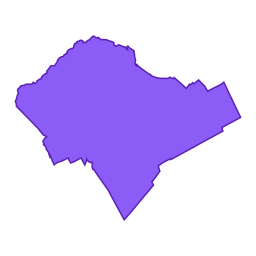 Merei, Buzau, Romania (orthographic projection)
{"feature_id": "2599482B56691753732557", "entity_name": "Merei", "entity_type": "district", "adm_level": 2, "iso_a3": "ROU", "parent_name": "Romania", "parent_adm1": "Buzau", "projection": "orthographic", "projection_center": [26.654, 45.125], "detail": "fine", "context": "isolated", "style": "filled", "palette": "violet", "viewbox_px": 256, "rotation_deg": 0, "n_neighbors": 0, "source": "geoboundaries", "source_scale": "gbopen_adm2", "svg_char_len": 5310}
<svg xmlns="http://www.w3.org/2000/svg" viewBox="0 0 256 256"><path d="M222.9,131.1L222.7,130.8L222.6,130.5L222.3,129.9L222.2,129.1L222.3,128.5L222.5,128.0L222.4,127.8L222.2,127.7L222.1,127.4L240.6,117.4L232.7,100.9L228.9,93.0L228.9,92.9L226.4,87.6L223.8,82.2L220.6,84.6L220.1,84.9L212.7,88.5L207.6,91.2L204.8,86.3L201.6,83.1L198.6,79.9L193.9,83.8L192.6,82.6L190.9,84.7L189.6,84.1L186.2,88.4L184.7,87.0L182.6,85.0L179.8,82.5L176.9,79.9L174.2,77.6L173.8,78.8L169.6,77.2L168.8,78.0L168.3,78.2L167.6,78.4L166.9,78.4L160.6,78.3L160.1,78.4L158.5,78.0L156.7,77.7L155.5,77.4L153.6,76.7L153.1,76.3L151.9,76.2L151.7,76.0L151.5,75.6L151.4,75.5L151.0,75.5L150.4,75.0L150.5,74.6L150.0,74.3L149.0,73.9L148.5,73.8L148.4,73.7L146.0,71.9L143.5,70.1L142.3,69.3L140.3,67.7L139.9,67.4L138.8,66.4L137.9,65.8L137.4,66.1L136.9,66.1L137.1,64.7L137.1,64.4L136.9,64.3L135.8,65.3L135.7,65.3L135.5,65.1L135.5,64.9L135.5,64.1L135.2,63.9L134.9,63.7L135.1,63.0L135.5,61.4L135.5,59.3L135.4,58.8L135.0,58.2L134.7,57.1L134.6,56.5L134.6,55.0L134.4,53.7L134.0,52.4L133.7,51.5L134.1,51.3L133.7,50.6L133.1,50.0L131.9,49.4L131.1,48.9L129.8,48.1L128.4,46.6L128.2,46.3L127.9,46.0L127.7,46.3L127.3,46.7L126.6,47.2L127.5,49.8L127.0,49.6L126.5,49.2L125.8,47.9L125.1,47.0L124.2,47.0L123.9,46.7L123.7,46.6L123.2,46.6L121.7,46.0L120.4,45.5L119.0,44.8L117.4,45.3L117.2,45.9L116.2,46.3L115.8,46.2L115.4,45.7L115.0,45.7L114.5,45.4L114.2,44.6L113.8,43.8L113.6,43.6L113.8,43.0L113.9,42.6L112.6,41.9L112.2,41.7L111.9,41.7L111.3,41.5L109.7,41.0L107.2,40.1L106.2,39.6L105.5,39.7L105.1,39.7L104.5,39.6L103.9,39.8L103.3,39.6L102.9,39.4L102.1,39.4L101.6,39.7L101.4,39.8L101.2,39.8L101.0,39.6L100.7,39.6L100.0,39.6L99.9,39.7L100.2,39.1L99.9,38.7L99.3,38.3L99.1,38.0L98.8,37.8L98.5,37.6L98.1,37.4L97.7,37.4L97.6,37.6L97.5,37.9L97.3,38.0L97.0,37.8L96.7,37.8L96.4,37.7L95.2,37.1L94.0,36.2L93.4,36.2L92.9,36.3L92.6,36.4L91.1,38.0L90.6,38.4L90.4,38.6L90.1,39.4L89.7,39.9L89.5,40.0L88.8,40.0L88.4,40.1L87.4,40.7L86.6,41.6L85.4,42.5L85.1,42.3L84.8,42.3L84.0,42.7L83.6,42.8L83.4,42.8L83.2,42.6L83.1,42.2L82.9,41.5L83.0,41.5L82.5,40.8L82.1,40.5L81.2,40.3L80.4,40.3L80.0,40.4L78.7,41.2L78.0,41.4L77.2,41.6L76.6,42.1L76.5,42.4L76.3,42.9L76.2,43.1L75.9,43.3L74.8,43.7L74.6,43.8L74.5,44.1L74.4,44.7L73.9,45.4L73.8,45.9L73.9,46.8L73.0,48.2L72.7,48.3L71.8,48.4L71.3,48.5L70.9,48.7L68.9,49.8L68.3,50.1L67.9,50.6L67.7,51.3L67.6,51.5L67.1,51.8L66.9,52.0L67.1,52.9L67.1,53.1L66.9,53.3L66.0,53.6L65.9,53.8L65.3,54.3L64.6,54.7L64.2,54.9L64.0,55.0L63.9,55.7L63.4,56.1L63.3,56.4L63.1,56.6L62.5,56.6L62.3,56.6L60.8,57.1L59.9,57.7L59.5,57.8L59.2,58.0L59.0,58.7L58.1,59.4L57.9,59.6L57.4,60.8L57.2,61.4L57.0,62.1L56.8,62.7L55.8,63.8L55.5,64.6L54.7,65.3L54.2,65.6L52.8,65.8L52.5,65.8L51.9,65.7L51.2,65.7L51.0,65.8L50.7,66.0L50.4,66.4L50.1,66.7L50.1,67.2L50.0,67.4L49.2,68.0L48.5,69.0L47.7,70.2L47.2,70.5L47.0,70.8L46.9,71.3L46.9,71.8L47.0,72.6L46.9,73.2L46.5,73.4L45.8,73.5L42.7,75.7L42.6,76.1L42.4,76.4L41.6,77.0L41.4,77.3L41.4,78.0L41.4,78.5L41.1,78.9L40.8,79.0L39.9,79.1L39.3,79.4L38.7,79.9L38.0,80.3L37.3,80.7L37.1,80.9L36.6,82.1L36.3,82.6L35.4,83.3L35.2,83.4L34.6,83.5L34.4,83.4L34.1,82.8L34.0,82.7L33.5,82.3L33.2,82.3L32.8,82.9L32.1,83.6L31.6,84.3L31.4,84.4L30.9,84.4L29.3,84.1L28.6,84.1L27.5,84.2L26.9,84.1L26.1,84.4L25.4,84.4L25.2,84.5L24.5,85.3L24.0,85.4L23.2,85.4L22.8,85.5L22.4,85.5L21.7,85.6L20.6,86.2L20.4,86.6L19.9,87.0L19.4,88.0L18.3,88.5L18.1,88.8L17.5,90.3L18.4,93.1L17.4,95.1L17.1,96.5L17.1,96.8L16.7,97.6L16.6,98.1L16.6,98.5L15.8,100.3L15.4,101.4L15.4,101.7L15.4,102.1L15.8,102.3L16.0,102.7L16.2,104.3L16.5,105.6L16.4,106.3L26.9,117.0L35.8,126.1L38.6,128.9L39.4,130.3L41.8,133.1L43.0,134.7L44.1,135.4L44.9,135.6L45.8,136.0L46.6,136.8L46.4,136.9L45.8,136.8L45.5,137.1L45.4,137.3L45.2,137.9L43.0,140.9L42.9,141.1L43.2,141.7L43.2,142.2L43.6,143.1L44.3,144.3L43.7,144.7L44.4,145.5L45.3,146.1L45.7,147.1L46.0,147.5L46.2,149.2L46.7,149.8L47.1,150.4L47.6,151.1L48.3,151.9L48.3,152.2L48.4,152.3L48.5,152.6L48.7,152.8L48.8,153.4L48.9,153.9L48.9,154.3L49.3,155.2L49.8,156.6L50.3,155.1L50.6,155.5L50.4,156.4L52.3,160.9L52.4,161.1L52.7,161.5L53.3,162.9L54.1,164.8L55.4,163.8L58.3,162.0L58.8,161.9L59.8,161.7L62.0,161.0L68.1,158.0L69.3,160.7L70.4,162.4L70.7,163.0L74.0,161.7L75.2,161.0L75.8,160.8L76.5,160.4L78.2,159.4L80.9,158.2L81.1,158.2L82.7,161.1L84.8,165.0L86.3,161.1L86.8,159.5L86.8,159.3L88.1,161.2L88.6,161.6L89.7,162.1L90.4,162.5L91.0,162.6L91.4,162.5L91.5,162.4L92.0,162.2L92.0,162.8L92.3,164.5L92.3,164.9L92.2,165.3L92.2,165.5L92.2,166.1L92.2,166.5L92.2,167.0L92.2,167.4L92.7,169.1L92.8,169.4L93.0,169.5L93.7,169.6L94.0,169.7L94.3,170.2L94.8,171.0L98.4,176.3L98.9,176.9L100.7,179.5L102.0,181.3L104.0,184.2L104.7,185.2L105.0,185.6L106.5,187.9L107.0,188.4L107.9,189.7L109.9,193.2L110.0,193.8L111.0,195.5L113.8,200.7L114.4,201.8L117.7,207.9L119.9,211.9L120.2,212.4L122.3,216.4L124.2,219.8L132.0,210.9L145.2,194.9L145.5,194.7L152.1,186.7L153.1,185.6L153.5,185.4L153.5,185.1L153.4,185.0L153.0,184.3L151.8,181.9L152.6,181.2L153.4,180.2L154.0,179.2L155.9,176.8L156.9,175.4L157.1,175.0L158.0,173.8L158.5,173.1L158.9,172.4L159.2,171.9L159.5,171.6L159.8,171.4L158.3,165.9L159.3,165.2L160.6,164.4L161.2,163.7L163.4,162.4L165.4,161.3L170.4,158.8L170.7,159.4L170.8,159.3L170.9,159.5L171.3,159.3L195.2,146.3L195.2,146.2L222.9,131.1Z" fill="#8b5cf6" stroke="#5b21b6" stroke-width="1.5"/></svg>